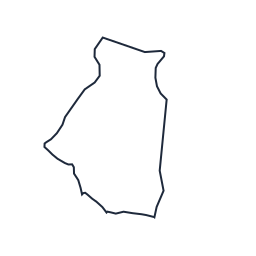 the border of Kriva Palanka, rotated 42°
{"feature_id": "MKD-2906", "entity_name": "Kriva Palanka", "entity_type": "Statistical Region", "adm_level": 1, "iso_a3": "MKD", "parent_name": "North Macedonia", "parent_adm1": "", "projection": "mercator", "projection_center": [22.313, 42.232], "detail": "fine", "context": "isolated", "style": "outline", "palette": "slate", "viewbox_px": 256, "rotation_deg": 42, "n_neighbors": 0, "source": "natural_earth", "source_scale": "10m", "svg_char_len": 840}
<svg xmlns="http://www.w3.org/2000/svg" viewBox="0 0 256 256"><g transform="rotate(42 128 128)"><path d="M104.9,47.9L106.8,50.7L107.1,60.6L108.4,64.8L114.7,72.3L121.6,77.6L129.2,80.5L137.7,81.0L180.1,138.5L196.4,150.8L202.1,167.5L207.3,176.6L207.2,176.6L199.8,180.5L195.8,183.0L188.3,188.3L180.7,193.2L176.2,199.8L171.5,202.3L168.6,204.0L168.6,205.2L164.0,204.3L161.8,203.9L160.0,203.9L156.8,203.9L154.0,203.9L148.8,204.5L142.2,204.6L139.5,204.8L138.3,206.4L138.3,208.1L132.8,204.2L125.9,200.0L118.4,198.0L114.0,193.4L110.8,192.4L108.1,195.0L104.5,196.3L96.2,198.0L89.6,198.3L83.3,198.0L78.6,198.0L76.4,195.3L76.8,193.2L78.3,187.9L78.6,179.4L77.1,169.4L73.9,162.0L71.2,139.8L70.0,128.2L72.8,116.5L72.0,108.1L64.5,100.1L55.5,97.5L50.5,91.6L48.7,77.7L89.7,60.3L101.0,48.6L104.9,47.9Z" fill="none" stroke="#1e293b" stroke-width="2"/></g></svg>